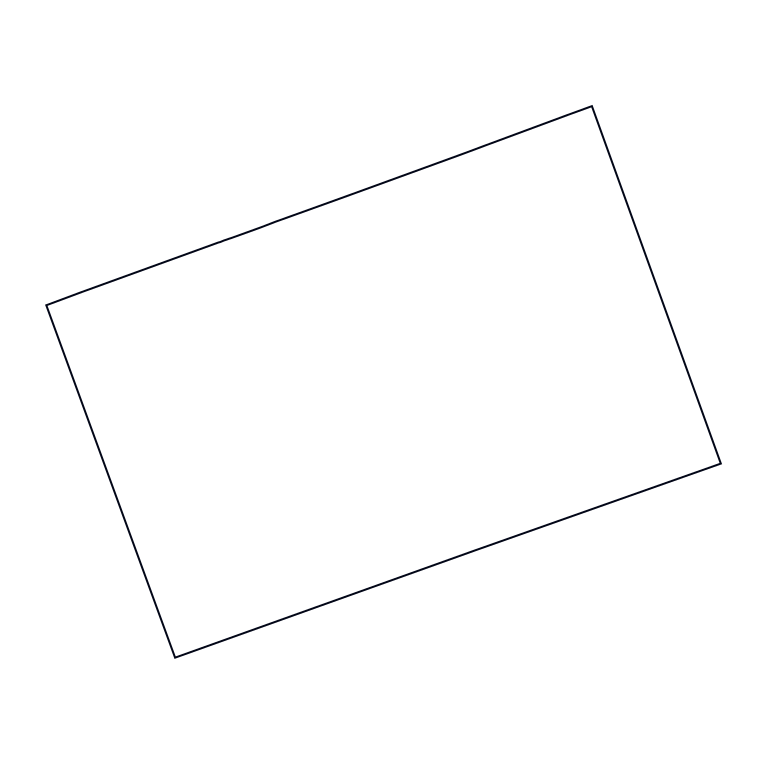 the district of Chautauqua, Kansas, United States of America, rotated 160°
{"feature_id": "52423323B34946311974500", "entity_name": "Chautauqua", "entity_type": "district", "adm_level": 2, "iso_a3": "USA", "parent_name": "United States of America", "parent_adm1": "Kansas", "projection": "robinson", "projection_center": [-96.23, 37.151], "detail": "fine", "context": "isolated", "style": "outline", "palette": "ink", "viewbox_px": 768, "rotation_deg": 160, "n_neighbors": 0, "source": "geoboundaries", "source_scale": "gbopen_adm2", "svg_char_len": 427}
<svg xmlns="http://www.w3.org/2000/svg" viewBox="0 0 768 768"><g transform="rotate(160 384 384)"><path d="M94.7,194.0L93.6,574.0L119.7,574.0L207.6,573.5L229.4,573.3L348.7,573.3L351.5,573.3L412.3,573.5L430.5,573.6L446.3,573.3L478.1,573.4L479.8,573.5L482.5,573.5L485.2,573.6L489.3,573.4L491.3,573.6L636.6,573.8L674.4,573.5L674.0,252.8L673.9,198.3L355.6,196.5L94.7,194.0Z" fill="none" stroke="#020617" stroke-width="2"/></g></svg>